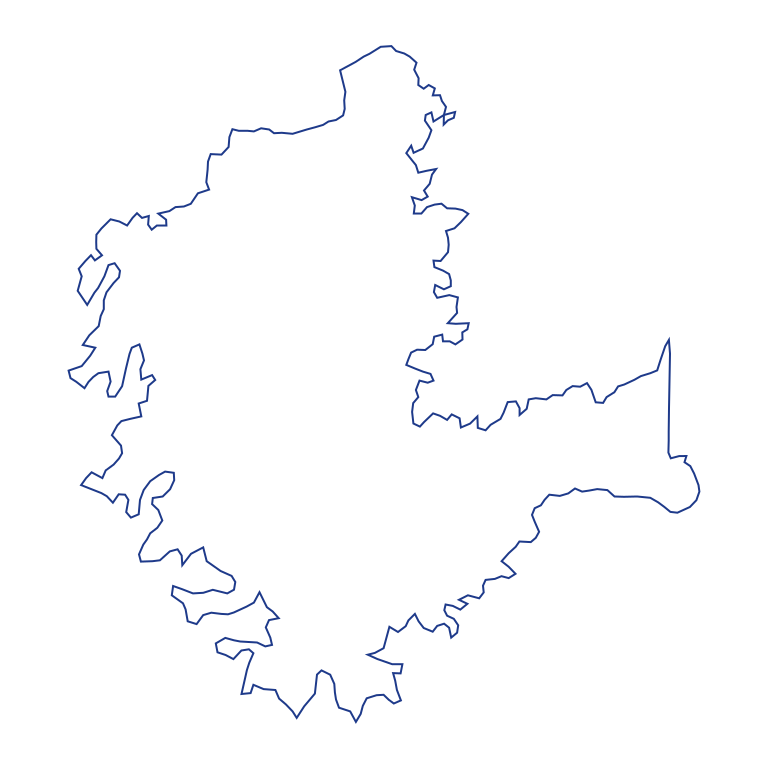 outline of Marquinho, Paraná, Brazil, rotated 270°
{"feature_id": "56859067B92570894307913", "entity_name": "Marquinho", "entity_type": "district", "adm_level": 2, "iso_a3": "BRA", "parent_name": "Brazil", "parent_adm1": "Paraná", "projection": "mercator", "projection_center": [-52.258, -25.123], "detail": "fine", "context": "isolated", "style": "outline", "palette": "blue", "viewbox_px": 768, "rotation_deg": 270, "n_neighbors": 0, "source": "geoboundaries", "source_scale": "gbopen_adm2", "svg_char_len": 5673}
<svg xmlns="http://www.w3.org/2000/svg" viewBox="0 0 768 768"><g transform="rotate(270 384 384)"><path d="M705.3,416.5L711.4,409.7L714.5,404.3L717.0,396.1L721.9,391.4L721.2,380.7L714.2,369.5L711.4,363.7L706.0,355.5L697.7,340.1L676.2,345.4L667.6,344.2L659.1,344.7L652.6,343.1L648.0,336.0L646.5,328.5L643.1,323.1L640.7,315.0L638.5,306.8L634.2,292.6L635.2,281.8L634.8,274.0L638.5,269.2L639.7,261.1L636.6,253.9L637.2,247.6L637.2,238.8L638.8,232.4L630.9,229.4L621.0,228.6L613.4,221.5L613.9,210.7L606.4,208.0L598.3,207.6L585.8,206.3L578.4,209.1L574.7,197.9L564.2,190.8L561.5,183.9L560.9,175.5L556.9,169.4L554.4,158.3L548.3,166.1L542.5,166.4L542.5,156.9L538.3,151.7L543.4,148.1L552.0,148.8L550.1,142.0L554.8,137.0L550.2,132.6L542.5,127.1L546.5,119.3L548.7,110.6L539.5,101.4L533.3,96.4L526.0,96.2L519.2,96.4L512.7,102.0L507.6,94.9L512.8,91.0L507.0,85.4L499.2,78.7L491.7,81.7L477.2,77.7L463.1,87.2L475.3,94.4L480.0,98.1L491.7,104.4L502.9,108.5L504.8,114.6L497.2,120.0L490.7,119.0L484.9,113.5L475.7,106.5L467.7,103.8L458.8,103.8L452.0,100.7L441.9,98.7L432.7,89.3L423.0,82.8L420.3,95.3L412.3,90.2L401.9,81.7L397.4,68.6L389.9,70.5L386.2,76.3L379.8,84.5L386.1,88.5L391.0,93.2L394.8,98.4L396.4,108.5L386.4,110.6L376.9,107.2L371.4,108.5L371.4,115.2L381.8,122.1L399.6,126.0L414.0,129.5L420.3,131.8L423.6,139.4L414.4,142.4L407.6,144.0L398.8,140.4L388.4,141.3L392.9,152.1L388.0,155.2L382.1,148.4L375.5,147.8L367.2,147.0L364.5,138.7L351.6,141.3L349.1,130.1L346.9,121.4L342.6,117.3L332.8,111.9L322.4,121.0L314.8,122.1L309.5,119.0L303.4,113.6L297.6,105.7L289.9,102.4L295.7,91.6L289.9,86.1L282.9,81.1L274.9,101.4L271.8,106.8L265.3,112.9L273.7,118.7L273.3,125.1L268.1,128.4L255.9,126.2L250.4,130.9L253.7,138.7L268.1,140.0L278.0,143.7L286.8,150.2L293.0,159.0L296.4,165.1L295.2,173.8L287.8,174.2L278.8,170.1L271.5,162.7L270.0,152.8L263.9,152.1L258.0,158.3L247.5,162.3L240.2,157.3L234.7,150.2L228.6,147.0L223.4,143.3L213.6,139.0L206.4,140.9L206.8,152.5L207.7,159.9L216.6,169.8L218.7,177.6L212.4,181.7L202.8,182.3L214.2,191.0L220.6,203.2L206.8,206.7L202.8,212.4L197.0,220.6L192.1,231.6L186.0,235.3L178.3,234.0L174.6,227.3L178.2,212.8L175.2,203.3L174.6,193.0L178.9,181.9L182.0,173.1L172.7,171.8L164.7,183.0L158.6,185.6L146.7,187.7L143.9,196.6L152.9,203.2L155.3,211.3L154.1,221.2L153.7,228.0L155.5,233.8L161.4,246.6L165.4,253.9L175.8,259.5L160.8,266.9L156.5,272.7L149.8,278.7L147.9,269.0L140.6,265.8L130.4,270.3L123.1,272.0L121.6,265.3L125.5,257.1L126.1,246.9L126.5,240.2L127.7,234.0L130.1,225.3L124.6,215.8L115.7,217.5L113.0,225.6L108.9,233.4L117.5,241.4L118.7,248.9L114.8,253.4L105.3,249.3L97.9,246.9L90.3,245.2L74.0,241.5L74.9,250.6L83.2,253.4L78.9,263.6L78.0,275.4L69.4,279.1L63.6,285.9L56.6,292.6L50.1,296.7L61.7,304.2L74.4,314.9L93.4,317.0L97.6,321.5L93.3,330.2L84.1,334.3L75.6,334.9L68.5,336.0L60.3,339.0L56.6,350.2L46.1,355.9L54.1,360.7L62.1,362.8L69.7,366.7L72.8,376.6L73.2,383.6L68.2,388.8L64.5,393.8L67.6,400.9L78.1,396.9L87.3,395.2L94.9,393.1L94.6,400.6L103.8,402.4L103.8,392.2L109.0,377.3L113.3,367.8L115.1,374.9L119.8,383.6L141.2,389.4L136.0,398.0L141.8,405.7L147.6,408.4L154.1,414.9L146.7,418.6L140.0,423.7L136.3,432.7L142.1,437.2L144.3,444.1L140.3,449.1L130.4,451.2L135.3,457.1L142.7,458.2L149.2,453.8L152.3,447.1L157.8,444.3L163.5,445.6L162.1,452.8L158.4,460.3L164.2,467.4L168.2,459.0L172.7,467.9L169.7,479.2L175.6,483.7L182.3,483.0L188.1,485.6L189.1,494.9L191.8,501.5L189.9,508.7L194.2,515.5L201.3,508.6L206.8,501.6L214.8,508.7L221.2,515.7L226.5,519.4L225.9,530.8L230.2,535.8L236.2,539.1L246.3,534.7L253.1,532.0L259.8,534.7L262.7,540.9L268.2,544.6L273.3,549.3L272.1,559.8L274.6,568.3L279.5,575.0L276.4,582.1L277.4,589.0L278.9,597.2L277.9,607.4L271.5,614.5L271.2,623.9L271.5,637.1L270.2,650.3L265.7,658.1L261.1,664.3L256.1,670.4L255.3,677.4L261.0,689.9L267.8,696.4L276.4,699.4L282.9,698.5L294.5,694.1L301.9,690.3L305.8,684.5L312.0,686.4L311.9,679.1L309.7,670.8L315.4,668.4L327.3,668.7L336.2,668.7L359.8,669.0L414.4,670.0L428.1,668.9L421.8,665.2L408.3,660.6L397.6,657.2L394.8,650.3L391.9,640.9L388.2,634.4L383.5,624.3L381.6,618.1L375.8,614.4L370.9,606.6L365.1,603.1L365.7,595.7L378.2,591.4L384.9,587.0L381.3,580.2L381.9,572.6L378.0,566.3L372.6,562.5L372.9,552.7L368.6,546.4L369.8,535.8L368.6,528.7L359.2,526.7L353.0,519.6L359.8,519.6L366.6,515.9L365.9,507.7L355.3,503.6L349.1,500.5L343.2,490.6L337.7,485.6L340.1,477.8L351.6,477.4L344.4,470.1L340.5,460.9L349.7,459.6L353.6,451.7L348.1,447.1L352.2,440.0L354.6,433.1L345.9,424.0L341.4,419.9L344.5,413.4L356.1,412.1L364.9,413.2L370.9,418.3L378.0,415.9L387.4,419.5L385.3,427.7L387.4,433.5L394.1,430.5L396.4,422.9L399.4,415.2L403.1,406.3L408.8,408.4L415.4,411.1L418.3,417.1L418.0,425.3L423.8,432.7L431.3,434.2L433.4,442.2L426.7,443.0L426.7,449.7L423.6,455.4L428.5,462.5L435.6,462.3L438.7,467.4L444.8,468.7L444.2,455.8L444.8,447.8L455.1,457.1L461.0,456.5L470.6,457.9L472.9,449.3L470.2,437.2L475.9,433.9L483.0,435.2L478.7,443.9L481.8,450.8L487.6,450.8L493.9,449.1L497.4,443.0L500.9,434.4L507.4,433.5L507.0,440.6L515.8,448.0L523.2,448.7L530.3,448.0L537.0,446.0L539.7,454.5L545.9,460.9L554.2,468.3L557.9,462.5L559.4,455.5L559.7,447.1L564.3,441.5L563.4,434.6L560.9,427.0L554.5,421.4L554.5,413.8L562.5,414.8L570.8,411.9L567.9,421.6L571.4,427.7L577.5,424.0L584.2,429.7L593.4,432.0L599.0,436.1L597.2,426.6L595.3,418.3L602.9,415.9L607.6,412.1L614.9,406.3L622.3,411.2L615.2,413.6L619.5,422.9L630.3,428.7L637.8,431.4L642.7,428.1L647.4,424.9L653.0,425.7L655.6,431.4L646.5,433.5L653.0,443.9L661.1,446.0L667.0,441.9L672.8,440.0L672.6,432.8L679.6,434.8L683.0,428.7L679.3,423.7L683.0,418.3L689.8,418.6L698.3,414.2L705.3,416.5ZM653.0,443.9L643.4,443.7L647.7,448.0L650.2,453.8L656.0,455.1L653.0,443.9Z" fill="none" stroke="#1e3a8a" stroke-width="2"/></g></svg>